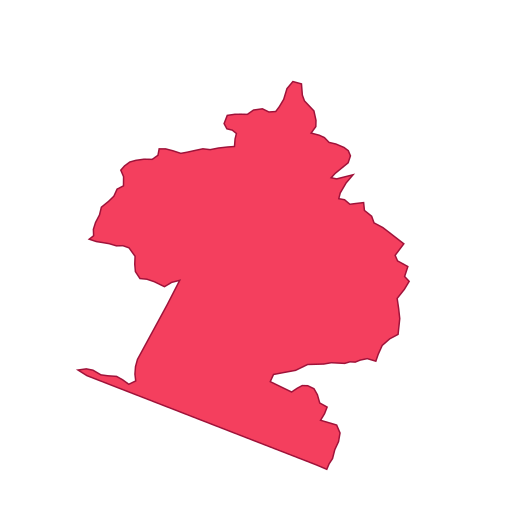 Alto Rio Novo, Espírito Santo, Brazil, rotated 203°
{"feature_id": "56859067B59978415419512", "entity_name": "Alto Rio Novo", "entity_type": "district", "adm_level": 2, "iso_a3": "BRA", "parent_name": "Brazil", "parent_adm1": "Espírito Santo", "projection": "mercator", "projection_center": [-40.981, -19.032], "detail": "fine", "context": "isolated", "style": "filled", "palette": "rose", "viewbox_px": 512, "rotation_deg": 203, "n_neighbors": 0, "source": "geoboundaries", "source_scale": "gbopen_adm2", "svg_char_len": 1978}
<svg xmlns="http://www.w3.org/2000/svg" viewBox="0 0 512 512"><g transform="rotate(203 256 256)"><path d="M112.1,305.6L123.8,306.8L128.2,311.0L124.7,325.0L150.2,331.7L160.3,332.6L165.1,337.8L174.0,340.3L177.8,347.2L185.2,343.0L189.8,340.3L196.5,342.4L202.2,341.1L203.1,346.9L201.6,358.5L198.4,368.7L211.9,358.5L217.4,357.4L215.4,363.0L207.6,377.8L208.2,385.1L212.2,389.0L217.4,390.3L226.2,390.3L233.2,389.1L239.2,391.7L244.9,391.9L253.3,390.7L251.5,398.5L253.8,404.3L259.4,412.2L272.0,417.7L276.2,422.2L281.4,432.2L290.2,431.0L292.9,422.2L291.7,411.0L292.9,402.4L294.3,396.7L300.4,393.6L307.6,394.0L315.3,389.4L319.3,383.0L325.3,380.6L331.0,378.1L337.4,374.2L337.1,365.4L332.5,361.7L327.0,362.6L321.9,361.1L321.0,355.6L318.6,348.4L325.0,345.1L332.8,340.7L339.7,336.0L346.8,333.9L353.4,329.3L360.0,324.6L365.3,321.1L373.6,320.4L381.0,319.3L387.0,316.8L385.6,310.4L389.3,304.4L397.0,301.3L404.0,297.1L408.9,293.2L412.2,287.6L414.0,282.2L408.9,277.3L405.4,268.8L410.0,263.3L410.2,255.5L413.1,248.6L417.4,240.5L416.1,232.7L416.8,224.2L416.1,217.0L413.4,211.2L416.1,206.3L408.6,206.9L402.2,208.5L395.9,210.0L388.5,210.8L382.5,213.5L376.1,213.9L367.2,208.5L364.4,201.1L360.9,194.5L354.0,189.9L347.4,192.0L339.7,192.6L328.3,192.0L323.3,198.8L316.7,203.8L318.7,176.5L324.7,114.5L323.7,107.1L321.3,100.0L317.9,94.0L323.0,88.2L330.2,89.9L337.3,90.7L345.4,87.9L352.3,86.0L361.5,87.2L368.1,85.8L375.3,81.5L364.9,79.8L226.2,84.0L118.7,87.3L107.5,87.3L107.5,93.4L106.4,99.4L107.8,108.5L107.5,117.4L109.5,125.9L115.7,131.9L132.4,130.0L131.3,137.6L131.5,144.7L139.9,145.6L145.3,152.3L150.8,156.5L157.7,156.8L162.8,154.8L166.3,150.5L170.1,144.7L193.8,145.9L193.6,153.8L184.6,159.8L174.9,166.2L166.1,176.3L151.3,183.1L145.0,187.2L132.4,191.8L128.2,195.3L123.2,197.1L119.4,200.9L113.5,205.0L104.6,206.0L105.1,213.3L104.9,223.0L100.5,232.1L94.6,239.4L99.2,254.5L104.3,263.6L109.5,272.1L106.4,283.3L105.1,292.5L111.2,295.2L112.1,305.6Z" fill="#f43f5e" stroke="#9f1239" stroke-width="1.5"/></g></svg>